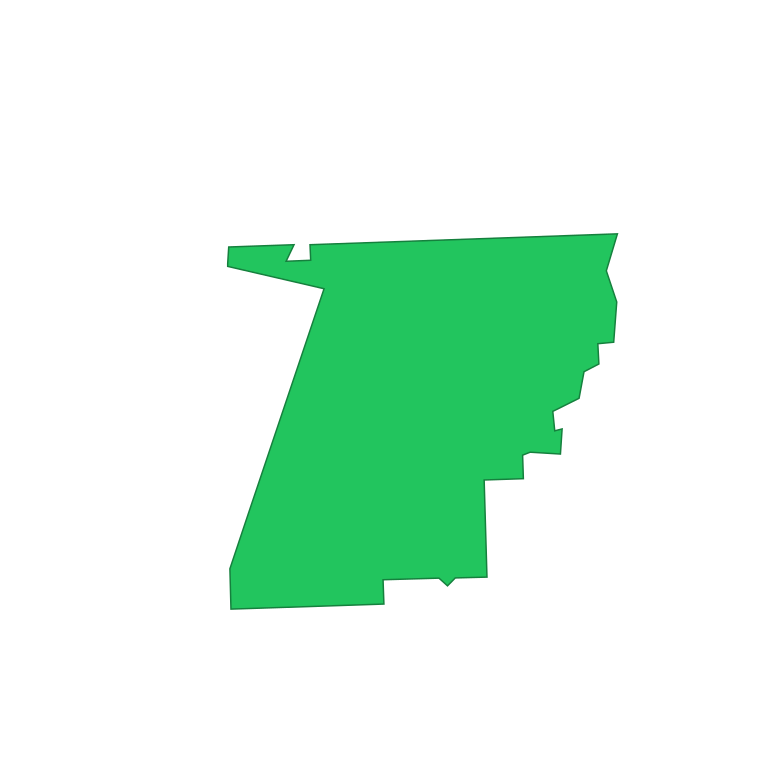 outline of Dodge, Georgia, United States of America, rotated 223°
{"feature_id": "52423323B39944248465098", "entity_name": "Dodge", "entity_type": "district", "adm_level": 2, "iso_a3": "USA", "parent_name": "United States of America", "parent_adm1": "Georgia", "projection": "mercator", "projection_center": [-83.2, 32.176], "detail": "fine", "context": "isolated", "style": "filled", "palette": "green", "viewbox_px": 768, "rotation_deg": 223, "n_neighbors": 0, "source": "geoboundaries", "source_scale": "gbopen_adm2", "svg_char_len": 579}
<svg xmlns="http://www.w3.org/2000/svg" viewBox="0 0 768 768"><g transform="rotate(223 384 384)"><path d="M207.2,453.1L223.1,472.6L227.2,466.2L241.9,479.1L231.6,506.6L246.1,529.4L240.5,545.2L255.1,559.3L244.5,571.2L269.7,602.7L298.6,618.4L315.7,653.0L533.1,435.4L522.0,424.5L539.3,407.0L544.8,424.5L591.0,378.3L580.3,365.3L578.5,363.4L492.8,412.8L393.4,193.6L370.7,143.8L342.4,115.0L234.0,223.0L251.2,240.2L211.4,279.5L199.9,279.7L199.6,290.8L177.0,313.0L245.3,382.1L217.5,409.8L234.1,426.5L230.6,433.8L207.2,453.1Z" fill="#22c55e" stroke="#15803d" stroke-width="1.5"/></g></svg>